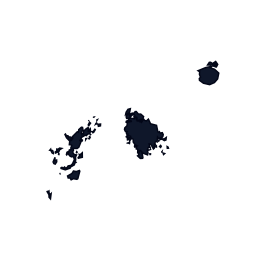 the district of Shortland Islands, Western, Solomon Islands, rotated 203°
{"feature_id": "97153195B13226737525008", "entity_name": "Shortland Islands", "entity_type": "district", "adm_level": 2, "iso_a3": "SLB", "parent_name": "Solomon Islands", "parent_adm1": "Western", "projection": "equal_earth", "projection_center": [155.884, -7.049], "detail": "fine", "context": "isolated", "style": "filled", "palette": "ink", "viewbox_px": 256, "rotation_deg": 203, "n_neighbors": 0, "source": "geoboundaries", "source_scale": "gbopen_adm2", "svg_char_len": 5967}
<svg xmlns="http://www.w3.org/2000/svg" viewBox="0 0 256 256"><g transform="rotate(203 128 128)"><path d="M131.0,126.8L130.6,125.2L128.9,123.7L127.3,124.4L127.5,122.7L126.6,121.8L125.9,122.3L125.6,120.5L125.0,121.4L122.3,121.4L122.1,120.3L118.8,119.6L117.7,117.1L115.1,115.5L114.9,113.7L114.2,113.1L113.6,113.6L113.9,115.3L112.3,115.2L112.8,114.3L112.3,112.0L110.6,112.1L109.2,108.4L108.8,111.3L108.3,111.9L108.0,112.0L108.2,108.3L107.5,107.3L108.3,106.1L104.8,104.8L102.7,105.8L102.8,106.7L105.3,110.6L106.0,110.9L106.3,111.6L104.3,110.7L99.5,110.9L99.8,112.8L101.4,114.9L100.8,115.9L101.7,116.1L101.7,118.1L100.7,119.3L102.3,121.5L100.6,122.0L96.4,118.6L95.9,119.7L97.4,123.2L97.5,125.2L97.2,126.4L96.1,126.6L96.7,127.1L96.3,128.2L97.3,131.3L95.7,130.5L94.5,131.5L93.7,131.1L93.4,133.3L93.1,132.1L92.6,133.7L93.0,135.7L94.6,137.1L96.1,136.1L99.0,136.1L102.8,141.6L108.9,140.7L112.7,144.1L113.8,141.7L118.6,141.1L117.8,139.9L118.3,140.0L117.9,138.4L118.8,138.4L118.9,140.2L119.4,139.1L119.8,140.3L120.4,138.8L122.3,138.1L123.4,138.7L123.9,140.0L126.8,140.6L125.9,139.2L125.9,138.9L129.2,138.2L130.8,136.1L130.3,134.7L128.0,136.0L127.5,135.3L130.8,133.0L129.8,129.8L131.0,126.8ZM183.5,97.4L180.8,95.0L176.5,93.2L175.5,89.7L173.4,90.3L172.8,89.8L172.9,87.8L172.1,85.7L173.4,84.9L172.6,80.6L170.2,79.4L168.6,79.4L167.2,80.5L165.0,78.0L165.1,73.4L165.9,71.3L168.3,69.7L168.7,67.6L170.1,66.6L171.1,67.3L172.1,65.6L173.4,66.0L174.1,65.3L173.8,64.6L169.4,65.0L165.6,68.4L165.7,69.5L163.0,73.1L163.3,74.8L162.4,76.1L164.3,76.8L163.6,78.0L165.0,80.8L164.9,83.1L167.1,82.6L168.7,83.4L169.6,84.5L169.5,86.4L170.7,87.8L166.9,89.2L165.8,91.0L165.9,96.8L167.5,97.8L166.8,99.5L167.4,100.8L164.6,104.6L163.2,104.8L163.0,106.2L161.1,108.1L161.2,110.1L162.3,112.3L163.1,108.7L164.1,112.4L165.0,112.8L165.4,111.3L166.0,111.4L167.6,107.8L166.6,104.9L167.7,105.0L167.8,103.8L169.1,105.1L169.1,107.3L168.4,108.2L170.1,110.8L171.2,110.5L172.7,107.3L171.9,104.7L173.2,104.7L175.7,98.5L174.8,97.1L175.2,94.5L176.2,93.9L176.3,97.2L178.1,97.1L178.8,96.1L180.2,97.4L181.8,96.9L183.2,98.0L183.5,97.4ZM85.9,208.1L84.0,207.8L83.2,205.3L81.1,203.1L81.7,201.4L80.8,199.8L76.1,198.7L69.8,199.8L66.2,203.6L64.7,208.2L65.9,214.0L71.3,215.9L75.8,215.5L76.4,216.5L80.1,214.0L85.9,208.1ZM164.9,60.2L163.5,58.6L161.9,59.4L160.1,58.1L158.5,60.0L155.0,60.8L154.4,61.7L155.5,69.4L156.1,69.9L158.6,67.7L161.4,67.1L161.8,64.3L164.9,60.2ZM128.2,144.3L127.7,142.5L126.7,142.4L126.0,141.2L124.0,141.2L122.4,138.3L117.9,141.9L118.1,144.6L121.7,145.8L123.9,144.9L126.9,146.4L127.8,145.9L128.2,144.3ZM79.4,217.1L76.3,218.3L72.8,221.6L72.2,221.4L72.8,219.5L71.2,220.9L71.0,218.6L70.5,218.7L70.3,221.6L73.3,223.5L75.4,220.3L77.6,220.8L78.8,220.2L79.4,217.1ZM133.7,141.2L134.1,137.6L133.0,136.3L130.9,137.5L128.6,142.8L129.2,143.6L130.0,143.3L131.2,141.6L131.0,140.1L131.4,139.9L131.8,140.9L132.4,140.7L132.3,141.7L133.7,141.2ZM135.9,141.8L135.4,139.2L132.6,143.0L133.4,146.7L135.3,145.2L135.9,141.8ZM183.7,72.5L183.7,67.5L182.4,66.3L180.9,66.3L180.4,69.0L181.2,70.6L182.7,69.4L183.7,72.5ZM162.5,84.6L161.7,83.5L162.3,81.1L161.9,80.8L158.6,83.2L160.4,87.3L161.7,84.6L162.5,84.6ZM178.1,38.2L174.7,35.7L173.6,33.4L171.7,32.5L173.1,37.4L173.8,35.5L174.1,36.9L174.9,36.8L176.2,39.1L176.8,38.0L178.1,38.2ZM185.6,77.5L185.0,76.6L182.4,79.3L182.5,81.1L181.0,83.3L183.1,82.8L184.1,81.1L185.3,80.8L184.6,79.1L185.6,77.5ZM92.5,131.1L89.6,130.6L88.4,131.8L89.1,134.2L90.3,132.2L92.5,131.1ZM157.1,119.7L155.9,118.0L154.2,119.2L154.8,120.9L157.1,119.7ZM165.6,118.2L165.8,115.3L165.0,114.9L164.4,117.8L165.6,118.2ZM123.3,119.3L123.0,118.2L121.5,116.8L120.8,119.2L122.7,120.0L123.3,119.3ZM174.7,81.8L174.3,79.5L173.9,79.3L173.5,82.2L174.0,82.7L174.7,81.8ZM124.8,118.9L124.4,117.8L123.9,117.0L123.3,118.1L123.7,119.6L124.8,118.9ZM94.9,130.9L94.0,129.9L92.7,130.8L93.2,131.3L93.7,130.9L94.5,131.4L94.9,130.9ZM91.7,123.3L90.4,122.9L90.3,124.2L91.2,124.7L91.7,123.3ZM84.7,126.2L83.9,124.7L82.9,125.2L83.7,126.1L84.7,126.2ZM85.9,118.6L84.9,117.5L84.3,118.8L85.9,118.6ZM132.2,133.5L131.9,132.0L131.1,135.0L132.2,133.5ZM189.5,76.5L188.7,75.9L188.5,77.6L189.1,77.7L189.5,76.5ZM160.5,105.3L159.5,104.3L160.0,102.9L159.3,103.0L159.2,104.8L160.5,105.3ZM158.9,110.5L158.4,110.0L157.7,111.3L158.4,111.6L158.9,110.5ZM95.2,123.2L95.2,121.4L94.4,121.6L95.2,123.2ZM190.9,78.3L191.3,77.0L190.2,77.3L190.9,78.3ZM166.1,99.3L165.9,97.8L165.2,98.0L165.2,99.0L166.1,99.3ZM158.3,112.6L157.6,112.8L157.5,113.7L158.0,113.9L158.3,112.6ZM166.0,86.1L165.7,84.6L165.4,85.9L166.0,86.1ZM121.9,114.3L120.6,114.3L120.9,115.5L121.1,115.4L121.9,114.3ZM96.5,123.7L96.7,122.8L96.0,123.2L96.5,123.7ZM126.2,119.2L125.7,119.1L125.5,119.7L126.0,120.0L126.2,119.2ZM97.8,112.7L97.4,112.2L97.0,112.4L97.2,113.0L97.8,112.7ZM125.3,120.0L124.6,120.0L124.7,120.7L124.8,120.9L125.3,120.0ZM72.6,218.5L71.2,218.5L71.1,218.8L71.6,218.9L72.6,218.5ZM159.7,108.1L160.0,107.1L159.9,107.1L159.7,108.1ZM75.8,217.2L75.7,216.4L75.3,216.8L75.8,217.2ZM73.9,218.8L74.3,218.1L73.6,218.3L73.9,218.8ZM87.6,119.2L87.3,118.5L87.5,119.5L87.6,119.2ZM187.1,76.0L187.3,75.3L186.8,75.3L187.1,76.0ZM181.8,77.5L181.7,76.7L181.3,76.6L181.3,77.1L181.8,77.5ZM162.7,101.7L162.4,100.9L162.2,102.0L162.7,101.7ZM163.9,124.5L163.8,124.0L163.6,124.7L163.9,124.5ZM94.8,128.5L94.8,127.9L94.5,128.3L94.8,128.5ZM117.1,142.3L117.0,141.7L116.8,142.2L117.1,142.3ZM100.5,119.2L100.5,118.6L100.1,118.8L100.5,119.2ZM159.8,123.3L159.6,122.9L159.5,123.6L159.8,123.3ZM99.1,117.3L99.2,116.8L98.9,117.1L99.1,117.3ZM159.3,119.0L159.0,119.5L159.2,119.8L159.3,119.7L159.3,119.0ZM124.6,140.7L124.0,140.5L123.9,140.6L124.1,140.9L124.6,140.7ZM159.9,110.5L159.5,110.4L159.5,110.7L159.9,110.5ZM166.9,119.5L167.0,118.9L166.7,119.7L166.9,119.5ZM122.8,114.5L122.7,113.9L122.5,114.0L122.8,114.5ZM123.2,139.2L123.3,138.9L122.9,138.5L123.2,139.2ZM97.4,137.4L97.7,137.1L97.7,136.7L97.4,137.4ZM158.2,119.9L158.1,119.6L157.9,119.7L158.2,119.9ZM172.9,59.4L173.1,59.2L172.8,59.3L172.9,59.4Z" fill="#0f172a" stroke="#020617" stroke-width="1.5"/></g></svg>